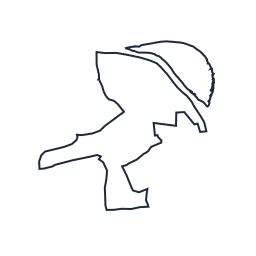 Waraq, Al Jizah, Egypt (orthographic projection), rotated 346°
{"feature_id": "37247803B78325352338503", "entity_name": "Waraq", "entity_type": "district", "adm_level": 2, "iso_a3": "EGY", "parent_name": "Egypt", "parent_adm1": "Al Jizah", "projection": "orthographic", "projection_center": [31.223, 30.097], "detail": "fine", "context": "isolated", "style": "outline", "palette": "slate", "viewbox_px": 256, "rotation_deg": 346, "n_neighbors": 0, "source": "geoboundaries", "source_scale": "gbopen_adm2", "svg_char_len": 5351}
<svg xmlns="http://www.w3.org/2000/svg" viewBox="0 0 256 256"><g transform="rotate(346 128 128)"><path d="M132.1,191.8L123.1,193.0L117.7,189.8L117.0,186.7L115.1,173.3L113.0,163.8L117.6,163.6L120.4,162.5L128.8,160.8L136.1,157.3L136.9,156.9L139.3,156.4L142.2,155.2L145.9,151.9L156.7,150.2L157.4,148.1L157.0,147.7L154.9,143.8L154.9,142.1L152.3,141.8L154.1,129.3L175.1,137.5L178.6,124.7L186.5,126.2L193.3,140.6L196.6,140.6L196.7,142.3L197.1,149.3L201.6,149.9L203.2,150.2L203.3,149.1L203.3,140.7L201.4,134.3L197.4,123.0L196.2,118.1L193.1,111.4L189.3,106.2L185.8,100.6L183.5,95.7L179.2,85.6L174.6,76.9L171.5,72.1L165.4,67.6L156.7,62.5L143.9,56.3L134.8,52.3L127.8,50.7L127.2,50.5L125.3,50.1L123.9,49.8L115.9,46.7L115.6,47.7L112.9,58.9L112.7,69.0L112.0,72.5L111.2,73.5L111.6,73.5L113.1,81.5L113.2,86.6L114.2,91.2L116.1,95.3L121.2,98.5L124.0,102.6L128.0,111.3L106.5,120.2L100.2,123.8L92.1,124.7L81.3,123.7L76.8,122.2L76.8,124.6L75.0,127.3L69.6,130.0L61.5,130.9L41.8,130.8L37.3,133.5L33.7,138.9L32.2,146.2L36.3,147.0L45.7,147.0L48.0,146.1L66.8,145.9L79.9,146.5L91.7,146.8L94.7,149.0L92.2,151.2L95.6,155.3L97.4,164.3L94.5,172.7L91.0,180.5L89.6,187.4L87.4,197.6L87.4,202.3L94.6,204.0L102.6,204.9L111.5,207.4L120.6,207.7L128.8,209.3L128.7,206.8L128.0,202.5L130.2,196.3L132.1,191.8ZM151.7,54.5L152.0,54.4L153.3,55.2L155.9,57.0L156.5,57.4L159.0,58.0L163.9,59.3L167.5,60.5L168.2,60.8L169.1,61.3L170.9,62.4L171.5,62.6L171.9,63.0L172.2,63.6L172.3,63.8L173.0,64.4L174.3,65.1L174.9,65.5L175.5,66.0L176.1,66.7L176.6,67.3L178.5,70.3L179.6,71.6L180.1,72.6L180.9,73.6L181.3,74.3L181.8,75.4L184.1,80.1L184.8,82.0L185.1,83.2L185.8,85.3L186.2,86.2L187.0,87.8L187.6,89.3L187.9,89.8L188.7,91.0L189.1,91.7L189.3,92.1L189.6,93.2L190.2,94.2L191.9,97.6L192.8,99.9L193.3,101.1L193.9,102.1L194.0,102.4L194.2,102.8L195.1,104.3L195.9,105.4L196.5,106.1L197.2,106.6L197.2,107.6L197.3,108.0L197.5,107.9L197.7,107.7L198.0,107.6L198.3,107.7L198.4,107.9L198.4,108.2L198.7,108.2L198.8,108.4L198.3,108.9L198.3,109.0L198.5,109.5L199.0,109.9L199.2,110.1L199.7,110.8L199.7,111.2L199.8,111.2L200.0,111.2L200.4,111.0L200.6,110.9L201.1,111.4L201.3,111.7L201.3,111.9L201.1,112.4L200.9,112.6L200.8,112.8L201.1,113.5L202.3,115.3L202.5,115.9L202.7,116.9L202.9,117.3L203.3,117.7L204.1,118.3L206.1,119.9L207.2,121.0L207.6,121.6L208.0,122.3L208.5,123.2L209.1,124.7L210.2,126.4L210.4,126.4L211.0,126.1L211.3,125.9L211.6,125.6L212.1,125.0L212.5,124.4L213.0,123.4L213.2,123.0L213.1,122.8L212.9,122.5L212.9,122.4L213.1,122.1L213.2,121.9L213.1,121.7L212.6,121.4L212.8,121.2L213.0,121.1L213.4,121.2L213.5,121.2L213.9,120.6L214.4,120.4L214.4,120.1L215.0,119.0L215.7,117.8L216.2,117.2L215.7,116.9L215.5,116.7L215.2,116.4L215.0,116.0L215.6,116.5L215.8,116.7L216.4,116.9L216.6,116.8L216.8,116.6L217.2,115.8L217.2,115.6L216.9,115.4L217.2,115.1L217.5,115.1L217.8,114.7L218.2,114.4L218.3,114.1L218.7,113.8L219.0,113.4L219.0,113.2L218.9,112.8L218.8,112.6L218.4,112.3L218.1,112.2L217.7,112.0L217.4,111.9L217.3,111.7L217.5,111.2L217.8,111.2L218.4,111.4L218.8,111.5L219.0,111.5L219.2,111.3L219.6,111.5L219.6,111.4L219.5,111.2L218.7,110.2L218.8,109.9L219.0,109.8L219.5,110.4L219.8,110.6L220.0,110.6L220.3,110.6L220.4,110.4L220.5,110.2L220.5,109.7L220.6,109.4L220.6,109.2L220.4,109.0L219.9,108.7L219.7,108.5L219.6,108.4L219.8,108.2L220.1,108.1L220.3,108.2L220.6,108.4L220.8,108.4L221.1,107.8L221.1,107.6L220.9,107.4L220.5,107.3L220.4,107.3L220.3,107.1L220.4,106.9L220.6,106.9L221.2,107.2L221.3,107.1L221.3,106.9L221.3,106.7L220.6,106.4L220.4,106.2L220.4,105.9L220.6,105.4L220.8,105.0L221.1,104.8L221.3,104.7L221.5,105.0L222.1,105.2L222.3,105.1L222.3,104.9L222.2,104.7L221.2,103.4L221.0,103.1L221.3,103.3L222.4,104.0L222.5,104.0L222.5,103.9L222.7,103.0L222.9,102.1L222.2,101.9L222.1,101.7L222.9,101.6L223.0,101.6L223.0,101.3L222.8,100.9L223.1,100.8L223.1,100.7L222.8,100.5L222.8,100.2L222.5,99.9L222.5,99.7L222.5,98.0L222.6,97.7L222.9,97.6L223.0,97.8L223.2,97.6L223.1,97.2L223.6,96.8L223.7,96.7L223.0,96.7L222.9,96.6L223.0,96.5L223.5,96.0L223.7,95.8L223.6,95.7L223.5,95.3L223.4,94.9L223.2,94.1L223.2,93.8L223.3,93.7L223.3,93.4L223.3,93.0L223.6,92.4L223.6,91.5L223.8,91.1L223.8,90.9L223.7,90.6L222.7,90.7L222.4,90.7L222.9,90.3L223.0,90.1L223.2,89.9L223.2,89.7L223.1,89.2L222.7,87.8L222.6,87.1L222.6,86.7L222.6,86.1L222.5,85.9L222.4,85.5L222.2,85.2L221.8,84.8L221.1,84.9L221.0,84.7L221.4,84.4L221.5,84.1L221.4,83.7L221.0,82.4L220.9,81.8L220.9,81.5L221.3,80.9L221.4,80.7L221.0,80.1L220.9,79.9L220.1,77.3L219.8,76.6L219.6,76.3L219.1,76.0L219.0,75.9L218.9,75.7L218.7,74.9L218.6,74.5L217.8,73.3L217.2,72.4L216.9,71.8L215.7,70.3L213.0,67.3L212.4,66.5L211.7,65.5L210.9,64.6L210.3,64.2L209.3,63.7L206.8,61.9L203.2,59.6L202.3,59.0L201.0,58.4L199.5,57.7L198.4,57.4L196.2,56.6L194.9,56.2L193.5,55.6L191.8,55.0L189.0,54.2L187.3,53.5L186.8,53.4L186.0,53.2L183.7,52.8L180.5,52.2L179.7,52.2L179.0,52.2L178.0,52.0L176.2,51.9L175.2,51.8L174.6,51.7L173.8,51.8L171.2,51.6L169.3,51.5L166.4,51.2L164.8,51.2L163.7,51.0L161.2,50.9L160.8,50.9L160.4,51.0L159.5,51.5L159.0,51.7L158.4,51.7L157.9,51.6L157.1,51.2L156.7,51.1L156.3,51.0L155.6,51.0L154.6,50.8L154.5,50.7L154.5,50.3L154.3,50.2L153.9,50.3L153.0,50.5L152.7,50.5L152.4,50.5L151.8,50.2L151.5,50.1L146.8,49.9L145.6,50.0L145.3,50.0L145.4,50.3L145.9,50.6L149.2,52.5L149.3,52.7L149.4,52.9L149.6,53.1L149.9,53.4L150.6,53.9L151.4,54.4L151.7,54.5Z" fill="none" stroke="#1e293b" stroke-width="2"/></g></svg>